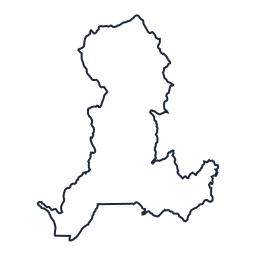 outline of Itapeva, São Paulo, Brazil
{"feature_id": "56859067B49589279755893", "entity_name": "Itapeva", "entity_type": "district", "adm_level": 2, "iso_a3": "BRA", "parent_name": "Brazil", "parent_adm1": "São Paulo", "projection": "equal_earth", "projection_center": [-48.855, -23.896], "detail": "fine", "context": "isolated", "style": "outline", "palette": "slate", "viewbox_px": 256, "rotation_deg": 0, "n_neighbors": 0, "source": "geoboundaries", "source_scale": "gbopen_adm2", "svg_char_len": 5801}
<svg xmlns="http://www.w3.org/2000/svg" viewBox="0 0 256 256"><path d="M153.7,33.3L152.3,32.1L151.4,32.3L150.7,32.9L149.8,33.0L148.8,32.5L147.8,31.5L147.4,30.5L143.5,23.8L143.4,21.5L142.6,19.9L141.6,19.6L140.2,18.3L139.0,16.5L138.0,15.5L136.7,15.4L135.6,15.8L134.5,16.6L133.2,18.3L132.1,18.8L130.1,20.6L127.2,21.5L125.7,22.3L123.5,22.5L119.7,25.0L118.6,25.5L117.7,25.5L115.9,26.7L114.9,26.7L113.9,27.1L112.9,26.8L110.9,25.5L108.2,26.6L106.9,26.0L102.7,26.4L100.9,26.1L99.4,26.4L98.8,27.4L98.7,29.3L97.0,30.7L96.2,32.5L94.9,33.4L93.9,33.4L91.0,30.2L90.4,31.1L89.9,33.8L87.8,35.6L86.4,36.1L85.2,38.1L84.3,42.1L84.3,43.9L84.0,46.3L83.4,47.0L81.6,48.2L79.0,49.1L78.3,50.1L80.2,52.2L81.6,53.2L81.7,54.8L81.6,57.3L81.8,59.3L83.1,62.7L83.5,64.5L84.6,66.9L86.6,69.1L86.7,71.2L87.0,72.8L87.6,73.9L89.6,76.1L90.4,77.3L91.1,78.0L91.6,79.0L92.6,79.9L94.8,80.0L96.4,79.8L97.5,80.6L99.2,83.2L99.5,85.5L100.4,86.5L101.5,87.3L104.1,87.0L107.3,91.8L106.7,92.9L105.5,93.9L104.3,95.6L103.7,98.2L101.7,103.4L101.4,105.0L99.9,107.2L99.0,107.1L98.3,106.0L97.3,105.6L96.4,106.6L94.1,106.5L91.7,107.0L89.6,108.4L88.5,108.5L87.9,110.0L88.1,111.6L87.9,113.2L89.2,116.4L90.2,117.0L92.2,120.5L91.9,122.7L91.4,124.2L92.4,126.3L93.7,127.6L94.0,129.4L93.7,132.4L92.8,133.3L93.4,134.8L92.3,137.6L90.9,137.3L90.5,138.2L90.8,139.3L90.7,140.6L91.4,141.7L91.6,143.1L94.7,148.7L95.3,150.4L94.9,152.2L93.4,153.1L92.4,152.6L90.9,152.6L90.9,154.0L90.3,155.0L90.7,156.2L90.4,157.9L88.7,160.4L88.3,161.5L89.0,162.8L88.8,164.0L88.8,167.4L90.0,169.7L88.9,170.3L88.7,171.4L86.3,172.0L85.8,173.4L84.6,172.4L83.4,172.7L82.7,173.3L82.5,174.7L81.8,175.4L78.7,177.3L78.2,178.5L78.1,179.7L77.2,179.9L76.5,180.6L76.1,182.8L74.5,183.9L73.3,183.5L71.3,184.4L70.5,185.4L70.4,186.7L69.7,187.7L68.7,188.1L67.6,187.9L66.3,188.6L65.2,189.7L64.2,192.6L63.6,195.3L63.5,197.0L64.2,199.0L63.8,201.6L62.6,203.1L61.2,206.5L61.1,208.4L61.4,210.4L62.3,212.0L60.3,213.1L59.3,213.2L58.5,212.8L57.1,211.2L56.6,210.2L55.6,208.9L54.2,209.2L52.7,209.9L51.4,209.9L50.9,208.9L49.0,207.0L48.1,206.9L46.9,207.2L44.9,205.6L44.2,204.4L43.3,203.9L42.1,203.5L41.6,202.1L39.2,202.0L37.9,203.3L38.0,204.6L41.2,207.1L41.6,208.0L44.4,208.6L47.7,210.9L49.3,213.0L49.5,214.1L50.0,214.9L50.5,216.5L52.8,219.9L53.5,220.5L54.0,221.6L55.1,225.6L55.5,227.8L54.7,234.2L55.2,235.7L70.1,235.9L69.6,238.7L69.5,240.1L70.3,240.6L73.6,239.4L74.4,238.2L76.4,237.3L77.9,235.4L81.2,230.5L81.7,229.3L83.0,227.9L83.8,227.1L86.2,225.5L87.2,224.6L88.4,224.5L88.8,222.5L89.8,221.8L90.3,220.7L91.6,219.3L92.1,218.3L92.4,215.8L93.4,214.7L93.7,213.1L94.2,212.0L95.2,211.2L95.7,209.2L96.8,208.3L97.4,206.9L97.8,205.2L97.7,204.2L129.0,203.8L132.6,203.6L133.7,204.2L136.1,202.2L137.2,202.5L139.3,203.9L141.9,206.8L142.2,208.0L143.1,208.7L145.1,209.0L145.2,210.2L144.5,211.3L143.8,212.0L142.4,212.5L142.5,214.5L143.9,214.3L145.2,213.5L146.2,212.4L148.4,211.2L149.5,211.7L150.2,212.8L152.1,213.8L153.2,215.2L156.8,216.4L157.8,216.3L158.8,215.9L163.0,211.4L164.1,210.6L164.8,209.8L165.7,210.4L168.4,210.0L170.5,211.6L171.7,211.6L172.5,211.8L173.1,213.1L173.8,213.6L177.8,213.7L179.0,215.2L179.1,216.4L180.0,216.7L181.3,217.8L182.3,218.3L184.2,220.9L185.5,221.2L187.2,220.2L188.2,216.0L189.0,214.7L190.2,213.7L190.1,212.6L191.1,210.4L194.9,208.1L195.8,208.0L196.7,207.5L197.7,206.5L198.8,205.8L199.4,204.7L200.5,204.3L201.8,204.2L202.9,203.7L203.5,202.3L204.5,200.6L205.3,200.1L207.1,200.0L208.6,201.3L210.6,201.9L211.3,201.1L212.4,200.7L212.6,197.7L212.2,196.3L211.1,195.2L211.1,191.3L211.3,188.0L210.0,187.8L209.0,184.9L209.5,183.8L210.5,182.7L211.4,183.8L212.3,183.9L212.7,181.9L212.4,180.4L212.7,178.1L211.8,176.6L214.1,175.5L214.9,175.4L215.8,175.9L216.4,175.0L217.1,173.5L216.0,173.8L216.9,171.0L216.1,170.5L215.5,169.5L216.7,169.4L218.0,167.9L218.1,166.4L217.7,165.1L215.9,165.2L215.2,164.9L214.4,163.5L213.9,161.6L212.9,161.3L212.3,160.6L210.2,160.9L209.0,160.1L208.4,160.7L207.7,162.0L206.5,162.2L204.2,161.4L204.3,163.3L203.8,164.3L202.6,165.2L202.2,166.1L202.0,167.7L201.0,168.4L200.2,170.1L198.9,171.5L197.4,172.2L196.0,175.0L195.2,174.6L194.6,173.8L193.5,173.4L192.7,172.6L190.5,174.0L188.9,176.4L188.5,178.1L186.7,177.6L185.9,176.4L184.7,176.5L183.6,177.7L182.6,178.3L181.8,177.3L179.2,174.9L178.6,173.9L177.9,173.3L177.4,172.0L178.3,170.7L177.4,168.8L177.2,167.1L176.7,165.5L174.7,162.7L174.6,161.2L175.3,160.2L175.0,158.7L174.3,157.4L172.5,155.4L173.5,153.3L173.2,152.2L173.5,150.8L172.6,150.5L171.8,151.2L170.8,151.3L170.1,152.5L169.1,152.3L168.3,153.0L167.6,154.9L167.7,156.1L166.8,157.1L165.0,158.7L164.1,159.1L162.8,159.1L161.6,160.0L159.2,160.8L157.8,160.5L156.9,160.7L155.6,160.4L152.8,163.6L151.9,162.9L152.2,161.8L155.9,157.9L155.1,155.7L155.8,153.4L155.9,151.9L154.7,149.7L154.9,148.2L155.8,145.8L155.8,144.1L156.1,143.1L157.3,142.2L157.5,138.9L157.3,137.3L156.8,135.7L155.8,134.7L156.5,133.5L157.2,131.6L157.2,129.9L157.6,128.3L156.5,126.3L157.0,124.6L156.2,122.9L156.2,121.6L154.4,120.3L154.1,117.1L153.3,115.5L150.0,112.2L150.9,110.5L152.0,110.4L153.0,111.1L154.6,111.2L156.5,112.9L157.9,113.7L159.6,114.3L160.5,114.2L162.4,113.2L163.5,113.0L164.4,112.0L165.5,112.0L167.5,112.4L166.3,110.4L165.0,109.7L164.5,108.8L164.1,107.5L164.1,103.1L164.5,102.1L165.3,101.1L166.5,100.8L167.3,99.7L167.3,98.4L167.0,97.1L166.3,96.3L166.5,94.8L167.2,93.6L168.5,93.1L168.9,92.0L169.5,89.6L170.1,86.5L171.1,85.8L172.5,85.7L173.2,84.8L170.1,82.8L168.1,82.0L167.1,81.0L166.4,79.6L165.4,78.9L164.3,77.5L164.0,75.9L163.0,72.5L163.7,71.3L164.1,68.1L165.1,67.7L166.2,66.8L167.2,66.6L168.4,64.1L170.1,63.1L169.9,61.7L168.4,60.0L167.0,57.7L166.6,56.6L164.1,54.2L163.4,53.6L162.6,54.0L161.6,53.2L160.7,52.1L160.0,50.9L159.9,49.0L158.6,48.4L157.9,46.7L158.3,45.1L159.2,43.9L159.8,42.3L159.8,38.8L158.6,39.1L156.2,38.0L155.7,37.2L155.5,36.1L154.9,34.9L153.7,33.3Z" fill="none" stroke="#1e293b" stroke-width="2"/></svg>